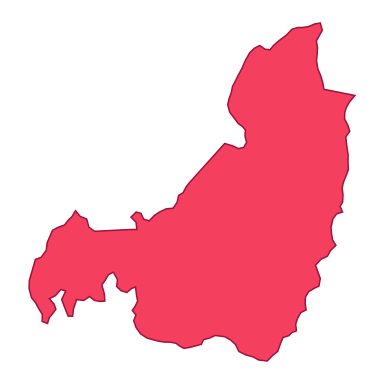 the district of Catanduvas, Santa Catarina, Brazil
{"feature_id": "56859067B88900604715263", "entity_name": "Catanduvas", "entity_type": "district", "adm_level": 2, "iso_a3": "BRA", "parent_name": "Brazil", "parent_adm1": "Santa Catarina", "projection": "equal_earth", "projection_center": [-51.711, -27.031], "detail": "fine", "context": "isolated", "style": "filled", "palette": "rose", "viewbox_px": 384, "rotation_deg": 0, "n_neighbors": 0, "source": "geoboundaries", "source_scale": "gbopen_adm2", "svg_char_len": 2373}
<svg xmlns="http://www.w3.org/2000/svg" viewBox="0 0 384 384"><path d="M320.3,23.0L314.6,24.0L308.5,26.6L302.4,27.5L297.6,27.5L291.9,29.3L286.4,35.1L281.8,38.5L277.5,41.9L273.5,45.5L270.0,49.8L265.0,49.2L259.7,45.5L254.3,48.3L249.8,52.6L245.7,59.8L242.0,68.3L238.3,75.1L235.2,81.4L232.5,86.4L231.3,92.6L229.3,97.9L227.7,104.6L229.7,112.2L234.5,118.5L238.4,123.7L242.4,126.4L245.4,130.1L245.0,136.1L246.6,142.3L243.8,147.4L238.4,148.6L232.9,145.9L224.7,143.5L189.4,182.7L186.2,186.8L183.1,192.7L178.6,195.5L177.2,202.2L173.1,208.2L166.3,208.8L159.7,211.9L154.5,215.3L149.2,220.8L143.7,219.2L141.0,213.4L136.2,212.0L131.0,217.1L136.0,222.2L136.9,229.5L130.3,229.5L94.6,231.3L88.9,227.2L86.7,219.0L80.3,216.5L75.5,210.7L71.9,216.7L68.4,220.1L64.5,225.0L57.9,227.4L52.5,230.3L49.3,237.8L47.2,242.6L46.2,250.3L41.2,257.3L35.4,259.4L29.3,280.6L29.1,288.6L31.5,297.7L35.7,302.9L38.6,308.4L42.3,314.4L42.1,321.4L47.5,323.5L49.4,317.5L52.7,313.6L55.9,309.3L54.1,304.1L49.3,298.6L55.5,295.6L60.9,289.5L65.7,290.9L61.7,299.5L64.8,307.8L68.2,316.2L72.6,316.2L73.5,308.9L76.6,299.6L83.9,300.4L89.6,296.5L94.4,300.4L99.6,301.4L104.8,301.1L104.4,294.0L101.8,284.9L105.1,280.4L108.5,274.6L113.4,272.2L117.5,279.7L116.6,286.4L121.0,290.7L126.9,292.5L131.4,288.6L135.5,287.0L136.4,294.4L137.6,301.1L135.3,306.0L132.3,310.5L136.0,315.0L133.7,320.6L136.0,327.4L140.6,333.9L146.7,337.9L153.8,340.0L160.1,341.5L164.9,342.1L169.9,342.1L176.0,343.3L180.1,346.3L184.0,348.4L190.1,347.3L195.9,345.8L201.3,344.3L203.6,339.6L209.4,338.1L215.2,335.5L219.4,336.0L224.8,336.7L230.6,340.0L235.6,344.6L238.9,351.5L245.6,354.8L253.1,356.9L258.8,360.0L267.2,361.0L272.7,355.4L277.8,351.2L280.2,344.3L283.0,337.5L288.7,335.7L292.2,332.4L296.4,330.9L295.7,324.2L297.3,319.0L300.7,312.6L306.1,309.9L305.1,303.1L305.5,296.9L308.7,291.6L314.8,288.0L318.9,286.2L320.3,278.5L318.0,272.1L315.5,265.2L321.2,259.1L327.3,256.3L330.7,250.3L335.9,245.3L332.6,240.0L331.6,234.1L331.0,227.4L333.0,218.6L336.8,213.8L342.6,212.0L340.0,206.4L342.6,202.2L343.0,194.8L342.1,187.9L343.6,181.8L346.0,176.0L348.4,169.6L348.0,162.9L348.1,154.8L346.7,145.4L345.8,136.9L349.7,131.3L348.0,125.5L344.6,119.1L344.8,112.2L346.5,107.2L349.4,102.1L354.9,95.5L323.9,89.3L322.8,82.9L320.8,75.9L317.8,68.9L316.5,60.4L317.2,54.0L317.5,47.7L316.4,40.9L319.6,35.1L322.3,30.3L320.3,23.0Z" fill="#f43f5e" stroke="#9f1239" stroke-width="1.5"/></svg>